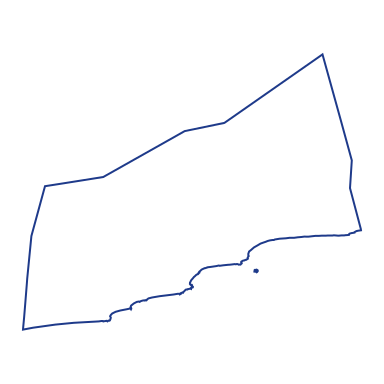 Santiago Astata, Oaxaca, Mexico
{"feature_id": "50627088B52540056379408", "entity_name": "Santiago Astata", "entity_type": "district", "adm_level": 2, "iso_a3": "MEX", "parent_name": "Mexico", "parent_adm1": "Oaxaca", "projection": "mercator", "projection_center": [-95.599, 15.985], "detail": "fine", "context": "isolated", "style": "outline", "palette": "blue", "viewbox_px": 384, "rotation_deg": 0, "n_neighbors": 0, "source": "geoboundaries", "source_scale": "gbopen_adm2", "svg_char_len": 3314}
<svg xmlns="http://www.w3.org/2000/svg" viewBox="0 0 384 384"><path d="M23.0,329.6L33.1,327.7L55.3,324.6L73.9,322.8L90.0,321.9L95.4,321.6L98.9,321.4L101.5,321.0L102.3,321.0L103.1,321.1L103.3,321.4L103.7,321.2L104.5,321.2L105.6,321.0L106.4,320.8L106.9,321.1L107.5,321.4L108.4,320.6L109.5,320.7L109.9,320.4L110.5,318.9L110.8,317.6L110.1,316.2L110.9,314.9L112.2,313.5L115.6,311.8L120.3,310.5L127.0,309.2L129.7,308.6L130.6,308.7L131.0,309.3L131.3,308.7L131.1,307.8L130.5,307.3L131.1,305.6L133.9,303.4L136.8,301.9L139.0,301.5L139.6,301.9L140.9,301.1L142.5,300.6L144.4,300.3L144.9,300.6L146.0,300.0L146.5,300.3L147.4,299.2L148.5,298.4L152.0,297.5L159.6,296.2L173.6,294.5L177.7,293.8L177.8,293.8L179.4,293.8L179.8,294.4L180.2,294.1L180.0,293.7L180.6,293.3L181.0,293.7L181.3,293.5L181.2,293.1L182.5,292.4L183.0,292.6L183.1,292.2L183.6,291.9L185.1,290.3L185.7,289.7L186.3,289.5L187.3,289.5L187.5,289.2L188.0,289.2L188.6,289.0L190.1,288.7L190.3,288.5L190.5,288.7L191.0,288.9L191.0,288.6L191.0,288.0L191.3,287.7L192.0,287.6L192.4,287.6L192.8,287.4L192.9,287.1L192.9,286.7L192.3,286.2L192.0,285.7L192.0,285.3L191.8,285.3L191.7,285.1L191.3,285.5L190.6,284.7L190.4,284.7L189.9,284.0L190.0,282.5L190.5,281.8L190.8,281.0L191.3,280.1L192.9,278.3L194.0,276.9L194.7,276.4L196.1,275.0L197.4,274.2L197.5,274.3L197.9,274.2L198.1,274.0L198.8,273.2L198.6,272.8L199.2,272.2L199.5,272.3L199.6,272.0L199.4,271.6L200.4,270.8L201.6,269.6L204.5,268.2L204.7,268.3L206.1,267.9L206.6,267.6L207.7,267.4L207.9,267.2L209.2,267.1L210.8,266.9L216.2,266.1L218.9,265.5L219.6,265.8L223.2,265.3L227.1,264.9L228.0,264.8L229.8,264.7L231.6,264.5L234.7,264.1L235.9,264.3L237.0,264.0L238.1,264.3L238.8,264.7L239.9,264.5L240.5,264.6L240.9,264.1L241.5,263.6L241.3,263.4L241.4,263.0L241.6,263.0L241.6,262.8L241.3,262.6L241.1,262.1L241.5,261.5L243.1,260.6L244.5,260.4L245.3,259.9L246.0,259.9L247.0,259.3L247.9,258.7L247.6,257.9L247.9,257.2L248.7,256.0L248.3,255.4L248.3,253.8L249.1,251.5L250.9,250.1L254.0,247.4L257.7,245.3L260.5,243.6L263.6,242.5L265.7,241.8L267.6,241.0L269.9,240.4L272.5,240.0L273.9,240.0L274.8,239.5L279.7,238.7L285.8,238.3L289.6,237.8L294.1,237.8L296.3,237.5L297.7,237.3L301.3,237.0L304.3,236.6L308.1,236.7L315.1,235.9L318.4,235.9L321.3,235.7L325.4,235.7L328.1,235.5L332.6,235.5L333.9,235.3L338.5,235.7L341.6,235.4L344.2,235.4L345.3,235.2L346.9,235.1L348.1,235.0L349.1,234.8L349.3,233.8L350.0,233.5L351.9,233.0L353.1,232.9L354.0,232.6L354.5,232.6L354.6,232.1L356.4,231.1L358.2,230.7L358.9,230.6L361.0,230.3L360.8,228.9L350.0,188.1L351.8,160.4L340.8,120.3L322.5,54.4L224.4,122.9L184.7,131.1L106.1,175.4L103.3,177.0L79.4,180.8L61.1,183.7L45.0,186.2L31.4,236.0L27.2,278.7L26.9,282.9L25.3,302.9L24.1,317.6L23.2,327.2L23.0,329.6ZM254.6,270.1L254.6,270.3L254.6,270.6L254.7,270.8L254.8,271.0L254.7,271.1L254.4,271.3L254.4,271.6L254.6,271.6L254.8,271.6L255.1,271.7L255.4,271.6L255.5,271.4L255.7,271.1L256.0,271.0L256.3,270.9L256.5,271.0L256.5,271.3L256.3,271.6L256.3,271.8L256.3,272.0L256.6,272.3L256.8,272.2L257.0,272.1L257.2,271.9L257.3,271.7L257.6,271.4L257.7,271.2L257.5,270.8L257.6,270.6L257.7,270.4L257.5,270.1L257.3,270.0L257.1,270.1L256.9,270.2L256.8,270.3L256.7,270.3L256.3,270.6L256.1,270.5L256.1,270.3L256.1,270.0L256.1,269.8L255.8,269.9L255.6,269.9L255.2,269.9L254.8,269.9L254.6,270.1Z" fill="none" stroke="#1e3a8a" stroke-width="2"/></svg>